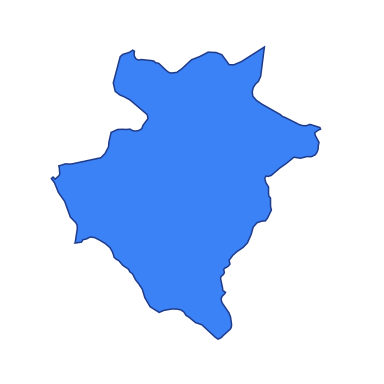 SVG path tracing the border of Taza - Al Hoceima - Taounate, rotated 261°
{"feature_id": "MAR-1447", "entity_name": "Taza - Al Hoceima - Taounate", "entity_type": "Region", "adm_level": 1, "iso_a3": "MAR", "parent_name": "Morocco", "parent_adm1": "", "projection": "equal_earth", "projection_center": [-4.152, 34.39], "detail": "fine", "context": "isolated", "style": "filled", "palette": "blue", "viewbox_px": 384, "rotation_deg": 261, "n_neighbors": 0, "source": "natural_earth", "source_scale": "10m", "svg_char_len": 2483}
<svg xmlns="http://www.w3.org/2000/svg" viewBox="0 0 384 384"><g transform="rotate(261 192 192)"><path d="M159.9,68.5L160.0,68.6L173.8,73.0L177.2,73.3L179.6,72.6L186.3,67.9L202.6,64.8L212.4,60.0L222.4,57.7L227.3,55.2L228.5,57.0L228.1,57.7L226.7,58.2L226.1,58.8L226.7,59.7L227.4,60.8L229.1,63.4L230.9,64.3L233.3,64.4L236.5,64.7L238.7,64.5L238.7,65.6L239.6,71.2L238.5,76.7L240.1,107.4L243.6,112.1L249.6,116.6L254.2,117.7L263.5,121.4L265.4,128.3L264.9,132.6L264.0,137.1L263.8,140.6L261.9,143.0L261.0,145.8L261.1,149.0L262.3,152.2L265.6,154.1L271.4,160.0L275.4,159.9L292.6,145.2L296.6,140.0L299.2,135.8L303.4,131.9L312.0,131.3L337.0,142.3L338.8,145.4L339.3,149.3L339.9,152.4L341.4,155.6L340.0,157.2L338.1,156.5L335.4,156.3L332.5,157.3L330.7,159.5L330.8,162.5L328.0,173.0L327.6,173.4L327.4,174.7L326.8,175.3L325.5,176.0L325.1,177.0L324.8,178.2L324.0,179.5L315.5,186.0L313.7,187.9L312.8,189.8L312.7,191.5L312.5,195.7L315.3,201.2L322.7,212.2L324.6,220.9L327.6,229.8L326.0,237.6L322.9,243.0L311.9,248.6L311.1,253.2L313.0,261.0L323.9,286.2L295.5,277.9L290.9,274.9L288.7,271.6L285.7,268.9L281.6,267.2L277.1,267.0L272.4,270.0L268.0,274.6L254.4,291.6L252.4,293.2L251.0,295.7L241.9,308.3L240.3,311.5L239.6,315.2L240.3,319.2L235.7,328.4L234.0,328.8L233.3,326.3L231.5,322.7L228.9,322.5L221.1,325.2L217.7,323.9L214.8,323.3L211.9,321.8L209.5,319.6L208.2,315.5L209.0,311.0L208.4,304.4L210.4,298.1L205.3,289.3L202.1,282.7L196.0,272.9L195.5,269.7L196.2,267.5L193.8,265.9L189.3,266.5L185.1,268.4L178.9,267.4L175.7,267.3L173.9,268.6L165.2,267.3L161.8,267.6L154.8,262.8L152.0,260.0L152.3,256.1L151.4,251.3L147.7,246.9L141.0,243.9L133.1,238.8L129.4,234.0L126.0,226.9L123.1,222.4L118.8,218.0L114.8,218.2L113.2,216.4L112.7,215.5L111.9,213.6L112.0,213.0L110.6,211.1L110.2,211.2L107.8,211.4L106.8,211.1L105.4,209.8L104.5,208.2L103.4,207.0L101.3,206.7L91.7,207.2L90.7,207.0L89.8,207.1L87.7,209.4L86.5,208.5L84.2,205.3L81.9,204.1L79.7,204.0L77.4,204.6L66.8,209.6L62.6,210.5L55.3,210.4L52.9,209.9L50.8,208.7L45.1,200.0L44.0,198.7L43.2,197.1L42.6,194.7L45.1,192.1L59.3,181.0L62.4,175.1L68.7,169.5L71.1,166.8L74.8,165.2L77.3,162.6L78.7,158.8L79.6,154.0L79.5,145.9L78.2,140.7L85.2,132.7L95.0,128.9L103.7,127.7L109.7,125.0L114.3,122.4L120.2,120.6L123.1,118.0L125.6,117.3L130.5,112.1L135.8,108.9L137.5,106.6L139.8,104.8L142.2,104.6L145.7,103.9L149.9,102.3L154.6,98.3L158.7,93.5L162.2,88.7L163.5,84.3L162.2,80.7L161.9,76.8L159.8,75.0L159.8,69.5L159.9,68.5Z" fill="#3b82f6" stroke="#1e3a8a" stroke-width="1.5"/></g></svg>